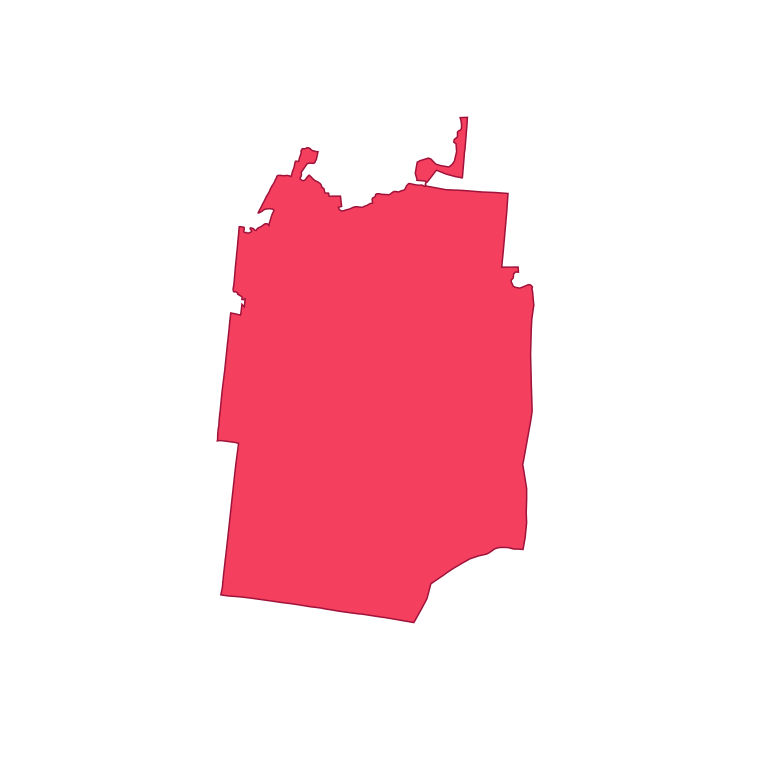 Popesti, Arges, Romania, rotated 125°
{"feature_id": "2599482B99719362105911", "entity_name": "Popesti", "entity_type": "district", "adm_level": 2, "iso_a3": "ROU", "parent_name": "Romania", "parent_adm1": "Arges", "projection": "mercator", "projection_center": [25.115, 44.453], "detail": "fine", "context": "isolated", "style": "filled", "palette": "rose", "viewbox_px": 768, "rotation_deg": 125, "n_neighbors": 0, "source": "geoboundaries", "source_scale": "gbopen_adm2", "svg_char_len": 6027}
<svg xmlns="http://www.w3.org/2000/svg" viewBox="0 0 768 768"><g transform="rotate(125 384 384)"><path d="M618.4,413.6L622.0,411.6L632.5,405.9L637.4,403.1L639.1,402.3L640.2,401.5L643.8,399.5L647.2,398.1L650.3,396.7L648.1,392.2L646.2,388.7L643.0,383.4L640.2,378.5L636.1,370.9L625.5,350.1L621.1,341.3L617.7,335.0L613.3,326.2L608.9,316.9L605.1,309.9L603.4,306.5L602.3,303.8L598.8,296.7L596.4,291.5L590.6,280.1L588.7,276.5L587.0,273.1L585.6,270.9L576.4,252.3L574.7,249.1L562.3,222.7L547.5,224.2L535.7,225.6L532.4,226.7L525.1,229.4L520.9,231.0L516.2,229.3L506.2,225.5L501.7,224.0L500.6,223.5L495.9,221.7L491.7,219.8L486.6,217.5L478.2,213.5L477.9,213.3L471.0,208.3L467.1,204.8L465.7,203.5L464.1,202.2L462.6,201.4L461.7,201.0L455.8,198.8L455.1,198.5L453.7,197.4L452.1,196.0L450.1,193.5L446.9,188.7L445.6,185.3L444.7,182.9L442.1,179.2L439.8,175.2L429.0,180.2L415.8,187.6L407.8,193.7L396.2,201.3L387.7,207.3L370.9,223.6L370.8,224.0L370.6,224.2L367.9,225.2L330.4,242.5L323.8,245.8L320.8,247.4L300.9,262.3L275.8,280.8L254.0,295.2L246.3,300.0L234.6,306.0L234.0,306.1L223.8,314.7L220.8,317.6L219.3,318.1L218.8,320.8L219.8,322.7L223.1,324.8L225.5,326.3L227.7,327.9L229.6,332.2L229.7,334.4L227.1,338.6L225.3,339.5L224.4,339.0L222.9,339.0L219.4,341.0L216.7,340.4L215.3,338.0L211.3,341.2L220.8,354.6L206.9,362.4L172.2,382.4L156.8,391.7L163.4,402.8L170.4,413.7L180.2,430.4L189.2,444.5L197.8,463.3L196.6,464.4L196.1,464.7L194.9,465.0L193.6,464.4L178.8,463.7L177.5,458.3L176.5,453.8L175.8,451.8L173.0,444.0L171.3,440.7L170.6,438.5L170.1,438.1L152.7,448.2L148.2,450.9L145.6,452.1L142.8,453.8L141.2,454.7L137.9,456.6L121.4,466.3L120.2,467.2L117.7,468.6L122.1,474.4L124.3,471.8L127.6,468.8L130.2,467.2L132.1,467.0L133.7,468.0L135.5,468.3L139.4,465.6L143.5,466.7L145.9,465.5L145.9,462.8L152.0,457.8L161.3,454.1L165.2,454.2L169.0,455.3L172.5,462.6L174.2,467.7L172.8,474.6L173.5,477.2L180.3,482.5L183.3,484.0L193.4,479.3L197.5,474.3L198.3,473.9L194.4,467.2L194.1,466.0L194.3,465.6L194.7,465.2L196.6,464.8L198.0,463.5L198.5,463.5L198.9,464.6L199.3,467.1L200.6,468.7L201.6,470.2L202.8,472.5L203.9,475.1L205.0,477.9L205.8,478.8L208.5,479.2L213.2,478.5L216.0,480.8L218.3,482.2L220.1,485.7L221.8,486.9L225.8,488.1L229.9,494.6L230.9,497.1L232.3,499.0L233.8,499.6L234.9,498.8L236.1,498.8L237.1,499.5L238.5,500.0L239.5,499.7L241.3,498.1L241.6,497.4L242.2,497.1L242.8,497.4L243.4,498.3L244.8,499.2L247.9,500.6L250.1,502.3L251.2,502.7L252.0,503.5L254.6,508.3L255.4,509.3L257.1,510.7L260.2,512.4L263.5,515.2L263.8,515.6L264.9,516.0L266.3,517.7L266.7,518.4L266.7,520.5L266.0,522.1L265.5,522.7L262.8,520.6L255.1,527.4L261.3,536.2L261.6,536.8L259.5,538.7L259.5,539.1L261.0,541.1L261.3,541.9L260.8,542.7L258.6,545.0L258.4,545.5L258.5,547.2L258.5,547.6L257.0,549.6L256.6,550.6L256.4,551.6L256.4,553.9L256.9,557.0L256.9,558.2L256.6,560.5L256.0,563.3L255.9,565.1L256.5,565.3L258.1,565.6L259.8,565.6L262.4,565.7L264.2,567.3L264.1,570.3L263.1,571.0L261.3,571.0L259.8,571.7L258.2,573.2L248.0,573.3L246.3,572.3L244.8,570.2L243.9,568.6L242.9,567.8L242.3,567.6L240.7,568.2L239.1,568.1L231.6,571.3L232.4,572.8L233.0,574.0L233.2,575.0L233.8,576.3L234.0,577.9L233.6,579.2L233.8,581.4L234.8,582.7L236.0,583.2L237.0,584.2L238.1,585.9L238.8,585.8L240.8,585.7L241.1,585.2L241.3,584.9L241.7,584.7L243.5,584.0L245.5,583.4L247.4,582.9L249.3,582.1L250.5,581.7L250.9,581.8L251.0,582.0L251.5,583.2L251.9,583.9L252.3,584.3L254.5,583.6L256.3,582.7L258.0,582.0L259.9,581.4L261.5,581.1L262.5,580.8L267.3,579.1L267.5,580.1L267.8,580.9L268.5,582.5L268.7,583.0L269.3,583.7L269.8,584.2L271.1,585.8L271.3,586.3L271.9,587.4L272.4,588.4L273.8,590.3L274.4,590.7L274.8,590.8L275.2,590.9L275.9,590.7L276.9,590.3L277.4,590.3L278.0,590.2L278.7,590.3L279.8,589.9L280.6,589.7L284.7,589.3L285.7,589.4L287.0,589.2L288.2,589.1L289.2,589.0L291.6,588.4L293.1,588.2L295.9,588.0L296.1,588.0L298.3,587.8L303.2,587.0L307.3,586.5L308.4,586.2L310.9,586.0L315.4,585.4L316.0,585.3L316.1,585.2L315.9,584.8L315.6,584.6L314.1,583.8L312.2,582.9L310.7,582.5L309.5,581.9L308.7,581.3L307.8,580.4L306.8,579.3L306.2,578.5L305.8,577.8L305.0,576.3L304.7,575.6L304.6,574.1L305.0,573.8L306.5,573.4L307.6,573.2L308.7,573.1L312.5,572.0L314.8,571.2L317.1,570.5L317.8,570.3L320.1,569.2L320.0,569.6L319.9,570.1L319.8,570.6L319.7,571.2L319.8,571.6L320.0,572.0L320.5,572.7L321.0,573.2L321.5,573.6L322.1,573.8L324.4,574.5L325.6,575.0L326.4,575.4L327.8,576.3L328.8,576.7L329.5,576.9L331.2,576.8L331.6,576.9L331.7,577.0L332.0,577.5L332.1,578.3L331.7,579.7L331.6,580.0L332.1,581.7L332.5,582.6L332.7,582.9L332.8,583.0L333.0,583.0L333.4,582.8L333.6,582.6L333.8,582.4L334.0,581.8L334.3,580.8L334.5,580.2L335.0,580.0L335.7,580.1L336.2,580.3L337.0,580.9L338.1,581.6L338.5,582.0L338.8,582.6L338.7,583.1L338.8,583.5L339.0,583.9L339.6,584.6L339.7,584.9L339.8,585.3L339.8,585.8L339.7,586.0L339.5,586.4L339.2,586.6L338.6,586.8L337.9,587.0L337.1,587.6L336.3,588.0L336.1,588.1L336.0,588.4L336.0,588.6L336.3,589.2L336.3,589.5L336.5,589.8L336.8,590.5L337.3,591.6L338.2,592.8L343.0,590.1L343.5,589.7L351.7,585.1L354.6,583.4L359.7,580.5L360.4,580.2L364.5,577.8L372.8,573.2L386.9,565.0L387.3,564.9L387.8,564.5L388.3,564.2L389.3,563.8L389.7,563.5L391.3,562.8L392.4,562.3L393.5,561.5L394.5,560.4L394.6,559.8L394.5,559.5L394.3,559.3L393.7,559.0L393.5,558.7L393.5,558.3L393.4,556.9L393.4,556.7L393.3,556.3L393.4,556.1L393.6,555.9L394.3,555.6L394.4,555.4L394.2,554.8L394.0,554.5L394.0,554.2L394.1,553.9L394.3,553.6L394.4,553.4L394.3,553.2L394.1,552.6L394.0,550.6L394.1,550.3L394.2,550.1L396.3,548.9L395.8,548.1L395.1,546.9L394.4,547.1L394.2,547.1L393.9,547.0L393.8,546.8L393.8,546.6L400.9,542.7L400.2,546.1L404.4,543.8L409.8,541.0L409.9,541.3L410.8,543.3L411.5,545.3L413.7,550.3L414.3,550.0L420.0,546.9L429.3,541.6L443.0,534.1L464.2,522.3L482.4,512.7L501.4,502.0L502.2,501.8L503.2,501.1L504.6,500.3L508.4,498.2L512.4,495.7L513.3,495.2L514.1,494.9L516.3,493.8L521.3,490.9L523.5,489.4L524.9,488.5L525.6,488.2L526.2,488.0L523.9,485.2L517.4,472.7L516.0,469.1L535.6,458.9L596.6,425.4L616.0,414.8L618.4,413.6Z" fill="#f43f5e" stroke="#9f1239" stroke-width="1.5"/></g></svg>